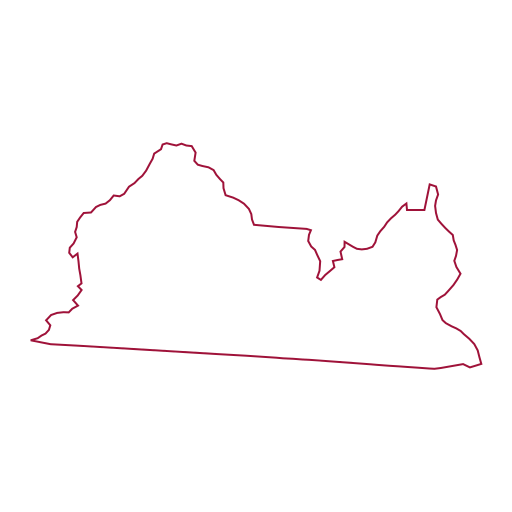 Siderópolis, Santa Catarina, Brazil
{"feature_id": "56859067B27170583635487", "entity_name": "Siderópolis", "entity_type": "district", "adm_level": 2, "iso_a3": "BRA", "parent_name": "Brazil", "parent_adm1": "Santa Catarina", "projection": "albers", "projection_center": [-49.514, -28.569], "detail": "fine", "context": "isolated", "style": "outline", "palette": "rose", "viewbox_px": 512, "rotation_deg": 0, "n_neighbors": 0, "source": "geoboundaries", "source_scale": "gbopen_adm2", "svg_char_len": 2154}
<svg xmlns="http://www.w3.org/2000/svg" viewBox="0 0 512 512"><path d="M30.7,340.3L50.5,344.2L78.2,345.7L217.7,354.1L245.9,355.7L276.3,357.7L282.9,358.3L293.3,358.8L302.5,359.5L309.1,359.8L362.5,363.7L370.6,364.3L376.3,364.8L389.7,365.8L399.5,366.4L406.3,366.9L418.1,367.7L429.0,368.5L434.4,368.8L440.8,368.0L463.1,364.1L469.9,367.4L476.5,365.4L481.3,363.9L479.4,357.1L477.7,350.4L474.3,344.1L469.3,338.8L463.8,334.1L460.7,331.0L456.3,328.4L451.6,326.3L445.9,323.2L442.5,320.1L440.0,314.1L436.4,307.2L437.3,299.6L440.7,297.1L444.8,294.7L448.2,291.0L453.4,285.1L457.3,279.4L460.5,273.7L456.4,267.0L454.3,260.8L456.0,255.9L457.1,250.0L455.5,244.9L453.7,240.4L452.8,235.0L448.9,231.5L445.3,228.0L441.4,223.8L437.8,219.6L436.0,213.0L435.1,205.9L436.0,200.4L438.1,194.5L436.0,186.5L429.7,184.4L424.4,210.0L407.0,210.0L406.4,203.5L402.1,206.7L398.4,211.3L395.2,214.7L391.0,218.3L387.1,222.4L384.2,226.8L380.3,231.2L377.3,235.6L375.3,242.4L372.5,246.8L367.0,248.8L361.8,249.4L356.9,248.8L353.0,246.8L344.6,241.8L344.5,247.0L340.5,251.6L342.2,259.2L337.5,260.0L332.9,261.0L334.4,267.2L330.2,270.8L325.2,275.0L320.9,279.9L317.1,277.5L319.5,270.8L320.2,261.2L317.1,254.7L315.0,249.9L311.2,246.5L308.2,241.0L309.0,234.8L310.9,230.2L306.6,228.9L278.6,227.0L254.0,224.8L252.0,219.5L251.3,214.1L248.9,208.9L244.0,203.7L238.6,200.2L233.1,197.6L225.6,195.2L223.5,188.2L223.3,182.5L220.1,179.2L216.3,174.8L213.6,170.1L208.5,167.3L202.4,166.0L197.8,164.7L194.3,160.8L195.6,152.6L191.7,146.1L186.3,145.5L181.5,143.7L176.4,145.5L171.0,144.3L166.7,143.2L162.6,144.5L161.0,149.2L154.2,153.6L152.6,158.8L150.0,163.4L146.1,170.7L142.3,175.8L138.5,178.9L134.5,183.1L129.0,186.7L124.2,193.8L119.7,196.3L113.7,195.5L109.9,200.2L105.6,203.6L100.3,204.9L96.0,207.0L91.0,212.5L83.7,213.0L80.1,217.5L77.2,221.8L76.7,227.1L75.1,231.9L76.7,237.3L73.6,243.5L69.8,247.7L69.2,252.8L72.7,257.3L77.5,253.6L78.5,261.4L79.2,268.6L80.4,275.3L81.5,283.4L77.9,286.2L81.6,290.0L77.7,295.5L73.1,300.1L78.0,305.6L72.3,308.7L68.7,312.4L63.6,312.2L57.2,312.9L51.1,315.0L46.1,320.3L50.3,325.3L48.9,329.9L45.5,333.6L41.6,335.5L37.7,338.2L30.7,340.3Z" fill="none" stroke="#9f1239" stroke-width="2"/></svg>